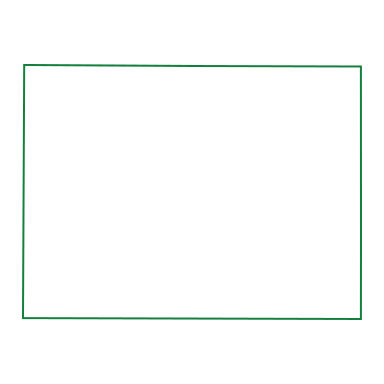 Montgomery, Iowa, United States of America
{"feature_id": "52423323B65551629720369", "entity_name": "Montgomery", "entity_type": "district", "adm_level": 2, "iso_a3": "USA", "parent_name": "United States of America", "parent_adm1": "Iowa", "projection": "albers", "projection_center": [-95.156, 41.03], "detail": "fine", "context": "isolated", "style": "outline", "palette": "green", "viewbox_px": 384, "rotation_deg": 0, "n_neighbors": 0, "source": "geoboundaries", "source_scale": "gbopen_adm2", "svg_char_len": 216}
<svg xmlns="http://www.w3.org/2000/svg" viewBox="0 0 384 384"><path d="M192.6,66.0L24.2,65.0L23.4,234.0L23.0,318.1L360.9,319.0L361.0,235.2L360.9,66.5L192.6,66.0Z" fill="none" stroke="#15803d" stroke-width="2"/></svg>